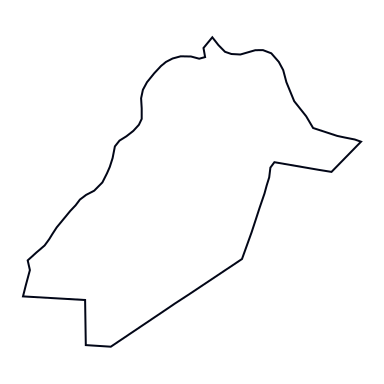 outline of Dois Riachos, Alagoas, Brazil
{"feature_id": "56859067B36293901492377", "entity_name": "Dois Riachos", "entity_type": "district", "adm_level": 2, "iso_a3": "BRA", "parent_name": "Brazil", "parent_adm1": "Alagoas", "projection": "mercator", "projection_center": [-37.069, -9.384], "detail": "fine", "context": "isolated", "style": "outline", "palette": "ink", "viewbox_px": 384, "rotation_deg": 0, "n_neighbors": 0, "source": "geoboundaries", "source_scale": "gbopen_adm2", "svg_char_len": 963}
<svg xmlns="http://www.w3.org/2000/svg" viewBox="0 0 384 384"><path d="M203.5,48.0L205.1,57.1L199.2,58.7L191.0,56.5L180.7,56.3L172.6,58.5L166.0,61.9L161.0,66.0L154.2,73.3L147.0,82.2L142.9,89.8L141.1,98.3L141.7,108.4L141.7,118.9L138.9,124.8L133.3,130.9L126.4,136.3L119.5,140.6L114.9,146.4L112.6,158.1L109.8,166.9L107.0,173.3L102.4,182.4L94.2,190.7L86.1,194.9L79.9,199.6L75.7,205.2L70.3,210.9L56.7,227.4L52.4,234.0L49.2,239.2L44.6,245.5L36.4,252.5L27.7,260.4L29.9,270.1L25.8,285.3L23.0,296.4L85.1,300.0L85.8,345.1L110.8,346.7L168.2,308.1L174.5,303.8L188.2,294.9L242.0,259.0L251.6,232.3L255.9,219.2L259.5,208.1L264.5,193.5L266.7,185.4L269.2,177.4L270.4,167.6L274.4,162.2L318.5,169.8L331.5,171.9L361.0,141.7L354.8,139.5L344.7,137.5L337.2,135.9L313.1,128.0L306.2,116.3L294.2,101.2L286.4,82.2L283.2,70.1L278.8,61.9L271.3,53.3L262.9,50.1L255.3,50.2L240.4,54.5L231.4,54.0L225.0,51.8L218.5,45.2L212.3,37.3L203.5,48.0Z" fill="none" stroke="#020617" stroke-width="2"/></svg>